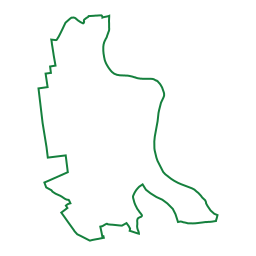 the district of Giurgeni, Ialomita, Romania
{"feature_id": "2599482B95773019331943", "entity_name": "Giurgeni", "entity_type": "district", "adm_level": 2, "iso_a3": "ROU", "parent_name": "Romania", "parent_adm1": "Ialomita", "projection": "albers", "projection_center": [27.835, 44.741], "detail": "fine", "context": "isolated", "style": "outline", "palette": "green", "viewbox_px": 256, "rotation_deg": 0, "n_neighbors": 0, "source": "geoboundaries", "source_scale": "gbopen_adm2", "svg_char_len": 5187}
<svg xmlns="http://www.w3.org/2000/svg" viewBox="0 0 256 256"><path d="M178.0,222.0L180.5,221.5L180.8,221.5L181.5,221.7L182.1,221.8L183.1,222.2L183.9,222.4L184.0,222.4L184.3,222.4L186.1,222.8L187.2,223.1L187.8,223.3L189.8,223.3L192.8,223.4L195.3,223.3L196.2,223.2L197.3,223.1L198.0,223.0L198.9,222.9L199.6,222.8L202.2,222.5L203.6,222.3L205.9,222.0L206.1,222.0L206.3,222.0L206.5,222.1L207.4,222.0L208.1,221.9L209.8,221.9L210.5,221.8L212.3,221.6L214.0,221.3L216.0,221.0L216.1,220.4L216.2,219.7L216.3,219.5L216.4,219.1L216.6,218.8L216.6,218.7L217.2,216.3L217.5,215.1L214.3,213.8L210.6,210.5L207.6,206.1L206.1,203.4L206.0,202.2L205.2,200.3L203.7,198.9L202.2,197.5L200.9,195.7L198.3,192.9L196.5,191.5L194.4,189.6L191.9,188.3L181.1,184.2L177.9,182.8L174.2,180.8L171.1,178.8L165.3,174.3L163.2,172.0L157.5,160.8L156.4,157.6L154.7,150.5L154.4,148.3L154.3,141.4L154.8,136.5L157.6,121.2L158.5,113.0L159.1,110.1L161.0,102.7L163.5,97.4L163.9,96.3L164.1,95.7L164.1,94.4L164.1,93.7L163.9,92.7L163.6,91.8L162.1,87.5L160.5,84.7L159.7,83.6L158.3,82.1L157.8,81.4L156.7,80.6L156.3,80.7L156.1,80.5L154.7,79.8L154.3,79.6L154.2,79.5L154.1,79.4L153.6,79.2L153.3,79.1L153.2,79.1L152.2,78.9L151.8,78.9L150.8,78.8L150.6,78.8L150.4,78.8L149.9,78.8L149.7,78.8L149.1,78.8L148.5,78.8L147.9,78.8L144.6,78.8L143.3,78.8L142.8,78.8L142.6,78.8L141.9,78.7L140.9,78.7L140.6,78.7L140.1,78.6L139.7,78.5L138.7,78.4L137.1,78.1L136.9,78.0L135.2,77.5L135.2,77.4L134.4,77.2L133.8,77.1L133.6,77.0L132.4,76.6L129.7,76.0L128.8,75.8L128.7,75.8L127.3,75.6L126.9,75.6L125.7,75.6L125.0,75.5L122.0,75.4L120.1,75.3L119.8,75.3L119.2,75.2L118.8,75.1L116.9,74.8L116.4,74.6L116.2,74.5L116.0,74.4L114.9,74.0L114.2,73.7L112.4,72.3L112.1,72.1L110.8,70.7L109.5,69.0L108.5,67.6L107.8,66.5L107.7,66.3L106.8,64.8L106.1,63.5L106.0,63.2L105.9,63.1L104.9,60.5L104.5,59.0L104.5,58.7L104.3,57.9L104.2,57.5L104.0,56.3L104.0,56.2L103.5,53.2L103.5,52.8L103.3,50.8L103.3,50.6L103.3,50.3L103.3,48.1L103.3,47.8L103.3,47.1L103.3,46.8L103.4,46.1L103.6,44.4L104.0,43.1L104.0,42.8L104.2,42.3L104.7,41.0L104.9,40.7L105.1,40.3L105.4,39.6L105.7,39.0L106.1,38.3L106.2,38.2L106.7,37.2L107.0,36.3L107.1,35.8L107.4,35.0L107.6,34.5L107.7,34.3L107.7,34.2L108.0,33.3L108.2,33.0L108.2,32.9L108.2,32.7L109.0,30.7L109.1,30.1L109.2,28.8L109.1,27.6L109.1,26.9L109.1,25.8L109.1,25.5L109.1,24.7L109.1,23.6L109.0,21.3L109.0,20.9L109.1,18.5L109.2,16.5L109.2,16.1L109.2,15.9L109.0,16.0L108.7,16.0L108.2,16.2L107.8,16.3L105.4,16.8L104.4,17.0L102.7,17.4L102.5,17.5L102.5,17.4L102.4,17.2L102.3,16.5L102.2,16.4L102.0,16.0L101.8,15.7L101.6,15.5L101.5,15.4L101.4,15.4L101.2,15.4L100.5,15.4L99.8,15.4L99.6,15.4L97.8,15.5L97.2,15.6L96.9,15.6L95.6,15.6L93.8,15.8L88.6,16.1L88.5,16.3L88.4,16.5L88.2,16.8L88.0,17.0L87.7,17.2L87.4,17.4L86.8,17.7L86.4,17.9L85.5,18.7L84.5,19.4L84.3,19.6L84.2,19.7L84.1,19.9L84.0,20.1L83.9,20.3L83.9,20.5L83.9,21.0L84.0,21.4L84.0,21.6L84.1,21.8L84.0,22.0L84.0,22.3L83.9,22.5L83.8,22.8L83.6,22.9L83.5,23.1L83.4,23.2L83.3,23.3L83.2,23.3L82.9,23.3L82.7,23.2L80.9,22.3L80.5,22.1L79.0,21.1L78.2,20.6L77.7,20.2L77.0,19.6L76.5,19.1L76.1,18.9L75.8,18.5L75.6,18.3L75.2,18.1L74.9,17.9L74.2,17.7L73.9,17.6L73.6,17.6L73.3,17.5L72.3,17.7L71.9,17.7L71.7,17.7L71.4,17.7L69.9,18.8L65.5,22.7L64.1,25.6L62.6,28.8L60.3,33.5L58.5,37.0L58.3,37.2L57.1,39.2L56.8,39.7L56.4,40.0L55.9,40.1L51.3,39.6L51.5,40.6L51.7,41.9L51.8,42.9L52.0,44.5L52.4,46.9L53.4,53.3L53.7,55.4L55.5,65.6L50.1,66.5L50.9,72.9L45.6,73.6L47.6,87.1L38.5,88.4L42.6,123.0L46.5,147.0L47.8,157.6L65.7,155.4L67.8,172.2L48.2,180.9L44.4,182.5L46.2,187.4L51.5,190.3L52.4,191.6L55.1,193.4L55.8,193.8L60.5,195.9L61.1,196.3L61.7,196.6L64.9,198.8L66.6,199.6L68.7,199.9L68.8,200.3L69.1,200.7L69.5,201.2L70.4,203.3L68.9,203.7L68.7,203.8L68.2,204.0L67.9,204.1L67.4,204.4L65.9,205.6L67.4,208.0L61.3,212.6L64.2,216.6L68.0,222.0L74.1,230.5L74.4,231.1L77.0,234.0L77.3,234.3L80.6,235.9L89.8,240.6L90.1,240.6L90.3,240.5L92.7,239.9L96.4,239.2L98.8,238.8L99.1,238.7L103.8,237.8L103.4,236.2L102.3,236.4L101.6,232.8L100.3,226.6L102.0,226.2L102.4,226.2L102.6,226.1L102.8,225.9L104.7,224.8L105.0,224.6L106.4,223.9L106.6,223.8L106.9,223.8L107.1,223.8L107.3,223.9L107.7,224.2L107.9,224.3L108.1,224.3L108.5,224.4L111.4,224.7L111.6,224.7L112.2,224.7L113.3,224.8L120.0,225.5L121.6,225.6L121.8,225.6L122.0,225.6L122.3,225.4L122.5,225.3L122.7,225.2L126.5,223.1L127.3,224.2L128.7,226.1L128.9,226.4L129.2,227.0L129.6,227.9L129.7,228.1L130.0,228.3L130.1,228.6L129.7,230.8L130.1,230.9L137.4,233.3L138.9,233.7L138.9,233.4L138.8,232.8L138.7,232.1L138.5,231.6L138.2,230.7L137.9,230.1L137.7,229.5L137.4,228.5L137.3,228.0L137.2,227.2L137.1,226.4L137.2,225.0L137.3,224.5L137.3,223.9L137.3,223.2L137.3,222.5L137.2,221.3L137.2,220.5L137.3,219.9L137.5,219.2L137.7,218.8L137.8,218.5L138.1,218.3L138.4,218.0L139.9,217.2L140.6,217.0L141.2,216.7L141.6,216.3L141.8,216.0L141.9,215.8L141.9,215.5L141.9,215.2L141.2,214.1L140.1,212.7L139.5,212.0L139.0,211.2L138.5,210.5L138.0,209.8L137.6,209.3L137.2,208.7L135.3,204.9L134.4,202.6L133.1,197.8L133.0,196.3L133.7,194.6L134.7,192.5L136.2,190.1L137.6,188.4L139.2,186.7L142.6,184.4L145.9,189.7L150.5,193.3L156.4,197.0L162.3,199.7L167.3,203.4L172.8,208.9L175.5,214.2L178.0,222.0Z" fill="none" stroke="#15803d" stroke-width="2"/></svg>